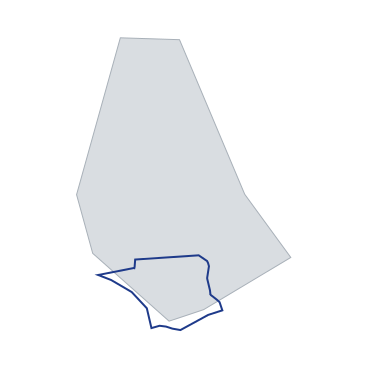 location of Christ Church within Barbados, rotated 17°
{"feature_id": "BRB-1989", "entity_name": "Christ Church", "entity_type": "Parish", "adm_level": 1, "iso_a3": "BRB", "parent_name": "Barbados", "parent_adm1": "", "projection": "albers", "projection_center": [-59.519, 13.09], "detail": "fine", "context": "in_parent", "style": "outline", "palette": "blue", "viewbox_px": 384, "rotation_deg": 17, "n_neighbors": 0, "source": "natural_earth", "source_scale": "10m", "svg_char_len": 679}
<svg xmlns="http://www.w3.org/2000/svg" viewBox="0 0 384 384"><g transform="rotate(17 192 192)"><path d="M237.5,301.1L207.8,322.2L115.0,279.7L82.4,228.3L78.4,65.5L135.5,50.0L243.1,178.8L305.6,225.7L237.5,301.1Z" fill="#d9dde1" stroke="#a8b0b8" stroke-width="1"/><path d="M255.6,296.3L243.4,304.8L221.3,327.4L213.2,328.4L206.5,328.3L200.1,329.4L193.0,334.0L182.8,316.4L163.6,305.3L140.3,299.8L126.5,298.8L158.6,281.7L159.1,281.7L159.0,280.3L157.4,273.2L216.9,250.6L226.6,253.6L228.1,255.2L229.9,258.0L231.6,269.6L231.9,270.5L238.0,280.9L239.3,283.9L239.3,284.3L240.3,285.1L242.0,285.7L247.9,288.0L250.6,289.3L255.6,296.3Z" fill="none" stroke="#1e3a8a" stroke-width="2"/></g></svg>